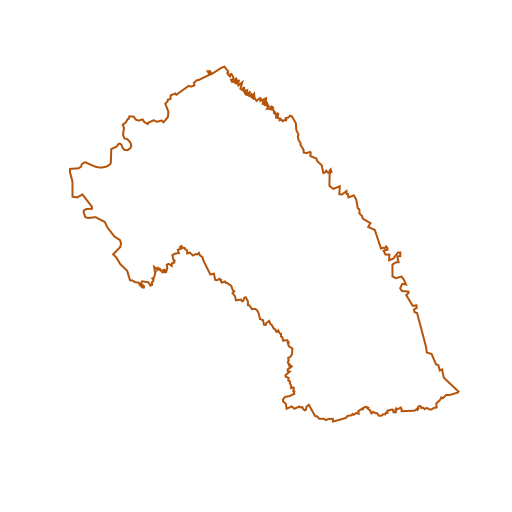 Comilla, Chittagong, Bangladesh (Robinson projection), rotated 346°
{"feature_id": "16705992B59490572634285", "entity_name": "Comilla", "entity_type": "district", "adm_level": 2, "iso_a3": "BGD", "parent_name": "Bangladesh", "parent_adm1": "Chittagong", "projection": "robinson", "projection_center": [90.953, 23.422], "detail": "fine", "context": "isolated", "style": "outline", "palette": "amber", "viewbox_px": 512, "rotation_deg": 346, "n_neighbors": 0, "source": "geoboundaries", "source_scale": "gbopen_adm2", "svg_char_len": 6082}
<svg xmlns="http://www.w3.org/2000/svg" viewBox="0 0 512 512"><g transform="rotate(346 256 256)"><path d="M141.4,117.3L137.7,130.4L136.6,131.7L132.7,133.1L127.1,132.8L122.3,130.9L112.9,123.7L110.4,124.2L109.1,124.9L107.9,127.0L104.9,128.0L96.7,126.5L95.8,129.3L95.9,139.5L92.3,154.1L96.7,155.9L102.5,154.3L108.7,168.5L108.4,170.4L102.7,169.4L99.9,170.3L99.3,172.1L99.8,177.0L102.2,178.5L109.7,179.5L117.6,186.5L118.7,192.2L123.4,203.0L127.9,207.7L128.1,211.1L126.4,214.5L117.8,219.8L120.2,223.8L122.4,231.2L127.4,239.1L127.9,249.1L130.1,249.8L132.4,252.2L135.8,253.5L136.2,256.0L138.2,259.1L139.5,259.5L140.1,258.5L137.7,254.8L139.3,253.0L145.2,255.4L146.3,259.2L148.2,258.9L148.5,256.4L150.2,255.6L150.9,254.2L150.0,252.7L151.9,252.2L154.1,248.3L154.5,241.9L156.2,244.1L157.6,243.8L157.0,245.5L158.4,244.6L159.7,245.2L159.2,246.2L160.0,247.3L164.0,247.2L164.1,248.1L162.0,248.1L161.3,249.2L164.8,249.9L167.0,246.2L167.3,242.9L169.4,242.5L171.8,245.2L172.6,242.8L175.0,242.7L175.0,241.4L175.9,241.0L174.9,239.2L175.1,234.9L177.9,234.1L181.8,234.5L181.7,231.1L185.6,230.7L184.5,228.9L186.0,228.3L186.2,229.9L188.7,230.9L188.8,232.1L190.4,234.0L189.9,236.9L192.5,236.6L195.0,240.3L198.1,239.5L199.6,240.3L201.3,239.2L201.9,242.1L203.7,243.9L203.9,247.8L207.2,262.9L210.9,263.0L210.6,269.2L212.2,270.1L215.2,269.3L215.5,270.4L216.4,270.7L215.8,272.2L216.4,273.6L219.6,273.1L220.1,274.8L221.0,274.8L224.8,279.0L225.1,283.4L226.4,284.9L224.3,286.2L225.9,290.1L225.8,294.2L230.9,294.6L231.5,296.6L233.1,296.2L234.6,293.6L236.1,293.6L237.2,298.3L236.2,301.7L237.6,302.3L239.2,306.6L242.3,307.1L243.7,308.6L244.7,311.9L244.6,318.1L247.3,320.0L247.1,324.6L248.7,325.3L249.5,323.7L253.1,322.2L253.4,325.2L254.8,327.2L255.6,330.8L256.7,331.4L257.4,334.5L258.2,334.7L259.5,333.5L260.3,336.7L261.5,337.6L260.7,340.1L261.9,341.1L261.8,344.7L266.0,345.3L266.8,347.9L265.8,348.0L266.0,351.4L268.9,354.5L267.2,360.0L265.1,362.0L262.4,362.9L262.5,365.2L261.2,366.6L261.9,371.6L263.0,371.7L263.1,370.6L263.9,371.9L259.2,373.7L259.1,375.5L260.7,376.3L255.6,378.9L255.6,380.3L258.2,382.2L257.2,384.7L258.7,386.1L258.0,387.8L258.6,389.4L258.1,392.6L260.0,392.4L260.9,393.3L259.5,395.9L260.5,396.7L259.6,397.9L259.8,399.0L254.2,400.1L250.3,399.7L247.5,401.6L247.1,403.6L249.2,406.6L248.8,411.6L254.3,410.6L256.3,413.5L261.6,412.5L262.0,413.5L264.5,413.9L264.5,415.4L265.9,417.5L267.5,417.1L268.4,414.5L271.3,413.2L274.6,425.6L276.3,426.2L278.0,429.2L282.5,430.4L284.2,432.2L286.8,431.6L291.1,432.6L290.7,435.3L304.1,434.9L306.0,433.3L310.5,433.7L311.5,432.6L312.7,433.7L315.2,432.6L317.5,433.9L317.7,431.3L321.7,429.9L322.7,430.6L323.2,429.3L326.2,428.9L328.1,430.3L327.3,430.9L329.5,433.5L329.7,436.2L330.3,436.7L331.9,435.6L334.1,437.6L335.4,437.7L336.4,440.4L337.4,441.1L339.7,441.2L340.8,440.4L343.1,440.9L344.1,439.5L345.7,440.0L346.0,437.9L350.4,437.8L351.5,438.1L351.7,441.0L353.4,441.0L353.9,442.3L354.0,439.0L355.2,437.8L355.8,439.1L359.8,438.1L360.2,440.1L359.7,441.8L372.6,444.5L374.9,443.3L375.5,444.4L376.8,443.3L376.6,441.8L378.4,441.0L379.6,442.0L379.8,443.6L381.7,443.7L382.4,445.3L385.2,444.8L387.0,446.7L389.0,447.4L391.8,446.4L394.6,446.7L395.3,442.7L400.0,440.0L401.7,438.0L402.9,439.2L407.0,436.8L409.8,437.7L418.4,437.4L419.7,436.6L408.8,419.5L409.1,411.0L406.6,411.5L406.5,405.9L404.4,404.7L402.7,393.6L398.4,390.9L399.0,385.5L398.5,350.3L396.4,349.0L396.3,346.1L399.3,345.3L399.8,342.7L396.0,342.3L392.3,330.3L395.0,328.8L395.4,327.5L389.1,325.2L388.1,322.1L391.2,318.4L394.6,320.0L393.8,315.0L392.2,311.1L386.3,311.4L383.5,308.8L386.3,297.3L390.3,296.0L392.8,296.5L392.9,291.3L393.6,290.6L395.9,291.1L396.9,287.5L394.6,287.0L388.5,291.8L384.1,292.3L385.8,286.9L381.9,285.9L381.1,281.8L385.2,281.7L385.5,280.0L384.5,278.2L382.9,279.6L381.5,278.8L379.1,279.0L377.6,259.5L371.9,254.9L375.0,251.8L368.8,245.8L368.5,242.8L366.6,239.6L367.4,237.3L367.4,235.6L366.3,234.1L366.9,225.6L365.6,220.9L359.9,221.5L360.3,218.3L359.0,217.8L359.5,214.9L354.2,217.2L351.8,216.1L354.2,208.6L347.3,209.6L344.2,205.6L347.4,193.8L349.6,192.7L349.5,190.0L348.1,191.0L348.4,192.0L347.1,192.6L346.2,192.7L344.7,190.2L343.4,191.6L341.4,191.7L341.7,183.8L338.2,178.4L338.2,176.1L332.9,172.1L334.1,168.9L333.7,168.1L330.0,168.4L327.3,167.2L327.8,164.1L326.0,158.8L326.6,157.5L325.3,153.5L325.6,149.8L326.6,148.6L325.6,143.5L326.8,136.8L324.6,129.2L323.1,128.0L321.2,129.4L318.2,129.4L318.5,131.0L317.9,131.7L316.8,131.0L314.5,131.7L313.7,129.9L311.8,130.0L312.6,128.5L309.0,126.6L309.3,126.0L310.5,126.7L312.0,123.5L311.4,122.8L309.5,124.2L309.7,123.2L308.9,122.6L309.2,120.1L308.1,122.6L308.3,118.6L307.3,117.5L308.5,116.2L307.6,115.0L307.2,115.7L306.4,115.2L306.9,116.8L305.9,117.5L304.4,116.2L302.3,115.9L304.2,113.8L303.9,111.5L303.2,112.9L301.0,111.6L301.5,110.9L303.0,111.1L303.5,110.2L301.8,108.7L300.7,110.3L299.3,110.0L300.3,108.0L303.2,107.8L303.9,105.4L297.9,106.5L298.7,104.5L298.2,103.7L294.0,105.6L293.0,102.4L291.9,103.0L290.8,101.5L292.9,101.2L293.4,98.2L292.0,99.4L291.0,98.0L290.5,98.7L291.1,99.7L290.5,100.7L288.0,98.9L290.1,94.8L288.6,96.1L287.3,96.1L286.8,97.9L285.4,97.1L284.9,96.0L286.3,95.3L287.5,93.0L286.0,93.0L284.6,94.8L284.2,93.2L285.2,89.9L284.5,89.7L283.1,91.8L281.3,90.0L284.6,84.2L280.2,86.3L280.2,84.9L281.8,81.8L279.8,81.6L278.5,83.7L277.5,82.9L280.0,79.7L279.6,78.9L276.2,81.4L274.9,81.3L274.4,78.9L276.5,79.2L277.3,76.9L276.1,73.4L275.3,73.3L274.2,75.4L273.4,74.5L272.4,71.6L273.6,70.9L273.6,70.0L271.1,64.6L267.9,65.0L257.1,68.7L256.0,65.5L253.7,65.1L255.0,68.8L242.9,71.4L241.2,71.1L237.7,72.9L237.5,75.6L233.8,75.9L231.9,74.6L217.7,80.3L217.0,78.8L212.0,79.5L210.9,83.0L208.3,83.0L207.7,84.4L204.8,86.4L205.9,94.7L204.6,98.6L204.1,99.9L198.6,103.9L197.3,101.7L192.4,101.8L189.5,99.5L183.6,100.7L183.1,101.1L183.5,102.3L180.0,99.0L179.0,96.0L174.9,96.3L172.3,94.5L171.1,91.3L167.0,89.8L165.8,92.0L164.7,92.0L162.0,94.9L158.4,96.4L158.9,99.8L156.3,106.2L156.7,110.0L159.5,111.6L161.6,115.7L161.7,118.9L160.2,121.0L156.9,122.2L154.1,121.3L152.9,119.3L152.2,115.2L150.9,114.0L149.7,114.0L147.5,116.0L141.4,117.3Z" fill="none" stroke="#b45309" stroke-width="2"/></g></svg>